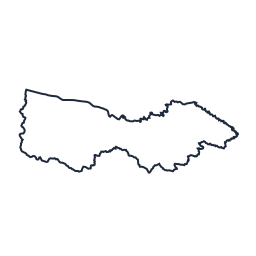 the district of Kra Buri, Ranong, Thailand, rotated 85°
{"feature_id": "78962969B7513532237897", "entity_name": "Kra Buri", "entity_type": "district", "adm_level": 2, "iso_a3": "THA", "parent_name": "Thailand", "parent_adm1": "Ranong", "projection": "orthographic", "projection_center": [98.865, 10.494], "detail": "fine", "context": "isolated", "style": "outline", "palette": "slate", "viewbox_px": 256, "rotation_deg": 85, "n_neighbors": 0, "source": "geoboundaries", "source_scale": "gbopen_adm2", "svg_char_len": 5881}
<svg xmlns="http://www.w3.org/2000/svg" viewBox="0 0 256 256"><g transform="rotate(85 128 128)"><path d="M146.1,20.8L145.4,20.1L144.3,20.4L144.4,19.8L144.0,19.1L143.7,19.0L143.4,19.5L142.8,19.3L142.3,20.0L142.5,20.3L142.4,20.9L141.9,21.1L141.6,20.9L141.1,21.6L140.7,21.2L140.5,21.4L140.2,22.2L139.8,22.6L139.6,23.6L138.3,23.7L137.9,22.8L137.7,22.8L136.3,23.8L136.2,24.1L136.6,24.1L137.2,24.5L136.5,24.5L136.0,25.6L135.3,25.9L135.1,26.8L133.1,28.8L133.1,29.2L132.0,29.7L131.9,30.3L131.4,30.5L131.8,31.1L131.3,32.0L130.2,32.4L129.6,32.0L129.1,32.6L129.4,34.5L128.8,34.5L127.8,35.8L127.7,36.0L128.1,36.7L126.8,36.8L126.3,37.5L126.6,38.4L125.4,39.7L123.4,40.2L123.8,42.2L122.1,42.9L121.8,43.6L121.8,44.9L121.4,45.1L120.3,45.2L118.6,46.0L118.6,46.8L119.7,47.1L117.9,49.1L115.5,49.5L115.5,49.9L116.4,50.6L116.0,52.0L115.3,52.6L114.5,52.4L113.8,52.9L113.3,54.1L112.8,54.6L112.6,55.9L111.6,56.5L111.9,57.8L110.2,59.0L109.6,59.1L109.2,58.6L109.4,58.0L108.9,57.7L107.8,60.0L108.2,61.2L108.8,68.1L109.4,69.1L109.4,69.9L108.9,71.5L107.2,73.0L106.5,73.9L106.4,75.2L106.8,76.2L105.9,77.3L106.0,79.4L104.7,80.5L104.6,81.3L105.7,82.9L108.1,83.0L108.3,85.5L107.8,87.4L108.2,88.4L108.9,88.1L109.5,86.9L110.0,86.6L110.8,86.7L112.0,87.5L113.7,87.5L114.7,87.1L115.2,87.3L115.6,88.1L115.5,88.8L114.4,89.5L114.0,90.5L114.2,90.9L115.1,91.1L115.8,91.6L115.7,93.9L116.6,93.7L117.2,92.4L118.2,91.4L118.7,91.4L119.1,91.9L117.9,93.0L118.0,94.4L118.7,95.6L117.7,96.5L117.7,99.1L116.7,102.1L116.3,102.5L114.9,102.8L114.6,103.9L114.7,104.3L115.1,104.5L115.8,103.9L116.4,103.9L117.2,105.2L118.1,106.0L119.7,105.7L119.7,106.8L120.1,107.7L121.5,108.4L121.1,109.3L118.5,111.1L119.0,111.5L120.4,111.3L120.7,111.5L120.4,112.9L119.8,114.3L119.9,114.8L122.3,114.5L123.0,115.1L122.9,115.5L121.8,115.8L121.6,116.2L121.8,118.6L121.1,120.9L121.8,122.3L121.4,125.7L120.6,126.9L120.5,128.1L119.6,129.3L118.7,129.9L117.2,129.9L116.5,130.4L116.4,130.9L117.4,131.7L117.2,132.2L116.7,132.3L115.5,131.4L115.0,132.0L115.0,132.6L115.9,133.8L117.8,135.3L118.6,136.2L118.1,137.6L113.8,142.4L113.8,143.4L115.2,144.8L115.1,145.2L114.0,146.0L109.7,146.5L108.1,147.8L107.3,149.6L106.5,150.8L105.7,153.1L104.5,155.2L103.6,159.6L103.2,160.6L99.4,164.4L98.4,166.5L97.0,173.5L95.4,180.0L94.4,190.4L93.8,191.6L90.9,195.1L90.2,196.7L89.3,201.5L88.3,205.1L87.5,206.5L86.5,210.5L81.0,226.0L82.8,226.7L85.6,227.3L86.5,226.8L87.2,227.2L87.9,227.0L88.4,227.5L89.9,227.7L90.6,228.2L91.1,227.4L91.7,227.1L92.1,227.1L92.5,227.7L93.5,227.2L94.1,227.2L96.2,228.4L96.6,229.0L97.3,229.2L97.8,230.5L99.1,230.7L99.7,231.0L100.1,231.6L100.0,232.7L100.2,233.2L101.0,233.4L102.2,234.3L104.3,233.0L104.8,231.8L106.1,231.9L107.8,231.3L108.4,229.8L109.0,229.3L109.9,229.6L111.6,230.8L113.6,231.3L113.8,232.6L116.3,234.0L117.3,233.7L118.1,232.5L120.1,231.4L121.6,231.1L123.4,231.8L124.3,232.8L124.3,235.2L125.0,236.4L126.3,236.5L129.5,234.9L130.5,233.9L131.4,234.9L133.3,235.2L134.1,236.0L135.4,236.0L137.9,237.0L139.4,236.5L140.7,236.4L142.0,235.7L144.0,232.4L144.7,231.6L145.9,231.2L147.0,229.4L148.4,228.1L148.3,226.2L147.6,224.9L148.0,223.4L149.5,222.3L151.1,221.9L151.6,220.8L151.4,219.9L149.7,219.0L149.5,218.0L152.8,216.7L154.7,212.2L154.6,211.0L152.1,209.4L151.4,208.0L152.0,205.1L151.7,203.7L153.0,202.4L152.6,201.5L153.2,200.6L155.4,199.5L156.5,198.4L156.9,196.3L158.3,193.6L159.9,192.7L160.8,191.0L161.9,190.6L162.6,190.0L163.1,187.9L164.1,187.4L164.3,186.5L166.1,184.4L166.4,183.1L166.4,181.8L167.2,180.7L166.7,177.9L164.3,177.0L162.6,175.8L163.2,173.5L164.7,171.7L165.1,170.9L164.9,169.7L165.1,169.0L165.0,168.7L162.7,168.3L162.1,168.0L162.0,166.6L162.3,166.2L162.0,165.6L162.1,165.2L161.9,164.6L160.5,164.2L159.4,164.6L158.4,163.9L157.2,164.6L156.4,164.0L155.5,164.1L154.4,163.4L152.7,163.8L152.0,163.5L152.0,162.7L153.1,160.8L153.2,158.9L151.1,158.2L150.5,157.4L149.2,156.7L149.3,155.6L149.7,154.6L149.3,154.0L149.4,153.0L149.1,152.1L150.1,151.3L150.1,151.0L150.1,149.9L149.5,149.1L149.9,147.8L149.7,147.5L148.7,147.6L148.7,146.0L147.6,145.0L147.4,144.2L146.7,143.8L147.5,142.2L145.8,141.9L145.6,141.6L147.0,139.6L147.2,138.7L148.0,138.1L148.0,137.0L149.0,136.3L149.6,135.1L149.4,134.1L149.6,131.9L150.7,131.7L151.5,130.7L153.8,129.8L154.8,129.9L155.5,129.5L155.8,128.9L155.8,127.5L156.2,126.9L156.6,125.7L157.9,124.3L157.9,123.1L159.7,121.8L160.3,120.9L164.8,120.9L165.3,120.6L165.8,119.8L166.6,119.9L167.7,119.5L167.7,117.8L168.4,115.9L170.4,112.9L174.2,111.2L174.3,110.5L174.1,110.2L172.3,108.7L171.2,108.2L171.1,107.6L170.5,106.9L169.9,106.4L168.8,106.1L168.4,105.3L167.4,104.4L167.7,103.0L166.4,100.0L167.3,99.7L169.4,98.5L170.9,96.8L172.0,96.5L172.5,95.4L173.3,94.5L173.3,93.6L173.6,93.2L173.8,92.3L173.7,91.7L173.9,90.1L175.0,87.0L173.6,85.7L173.0,83.8L173.1,83.2L172.9,82.8L172.3,83.0L170.9,84.2L169.4,84.8L168.5,84.9L167.9,84.5L167.8,83.6L168.3,82.1L168.3,80.7L169.2,78.8L169.2,77.4L169.9,75.1L169.1,74.8L168.9,74.5L169.0,72.7L166.9,71.6L166.0,70.6L165.3,70.4L165.2,71.0L163.8,70.4L162.4,70.5L161.8,70.9L161.5,70.8L161.2,69.0L160.6,68.3L160.5,67.8L160.9,66.3L162.1,64.2L161.7,63.4L162.2,62.9L162.2,62.0L160.7,61.1L160.5,60.0L160.2,60.1L160.1,59.6L159.4,59.4L158.0,59.2L157.3,59.6L155.9,59.5L154.5,60.3L154.4,58.8L155.2,57.9L155.3,57.3L154.9,55.1L154.2,54.7L153.2,54.9L152.0,57.3L151.2,57.5L150.5,58.2L149.7,58.7L149.3,58.7L149.4,57.1L148.5,56.1L148.3,54.6L147.8,53.5L148.6,52.4L149.7,51.8L150.1,50.8L151.2,49.6L151.4,48.7L150.8,47.9L150.8,47.4L152.3,46.3L152.2,44.8L153.0,43.8L152.8,42.9L153.8,42.3L153.4,41.0L154.6,40.0L155.1,39.2L155.5,38.1L155.0,37.0L155.2,36.6L156.0,36.1L156.7,34.3L155.3,33.4L154.8,32.3L153.5,32.5L152.2,32.4L151.3,32.8L150.6,32.7L150.6,31.7L149.1,30.6L149.0,30.2L148.9,29.7L149.4,28.9L149.0,28.6L149.2,28.1L148.6,28.1L148.5,26.5L147.6,26.1L147.7,25.4L147.4,25.2L147.6,24.7L147.3,24.6L147.5,23.0L147.1,22.9L146.4,23.1L146.5,22.8L146.1,22.4L146.3,21.7L146.1,20.8Z" fill="none" stroke="#1e293b" stroke-width="2"/></g></svg>